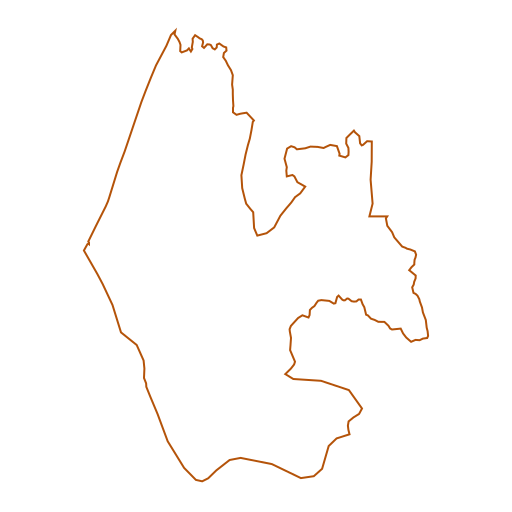 Warri North, Nigeria
{"feature_id": "59680162B93651715341205", "entity_name": "Warri North", "entity_type": "district", "adm_level": 2, "iso_a3": "NGA", "parent_name": "Nigeria", "parent_adm1": "", "projection": "equal_earth", "projection_center": [5.321, 5.881], "detail": "fine", "context": "isolated", "style": "outline", "palette": "amber", "viewbox_px": 512, "rotation_deg": 0, "n_neighbors": 0, "source": "geoboundaries", "source_scale": "gbopen_adm2", "svg_char_len": 3203}
<svg xmlns="http://www.w3.org/2000/svg" viewBox="0 0 512 512"><path d="M83.9,250.5L97.4,274.1L102.7,284.1L112.5,305.0L121.0,332.4L136.7,345.0L143.6,360.5L144.4,368.6L144.0,378.0L146.1,383.3L146.2,384.6L146.3,386.8L150.3,396.7L157.6,414.1L167.7,441.3L184.1,467.9L195.9,479.9L202.2,481.3L208.2,478.3L216.3,470.4L229.6,460.0L240.6,457.9L271.9,464.1L300.9,478.1L313.8,476.2L322.1,468.8L328.7,446.0L336.6,438.4L349.5,434.3L348.4,429.8L347.9,425.7L348.6,421.4L353.5,417.4L359.1,413.9L362.0,408.5L348.9,390.1L321.0,380.8L293.3,379.0L285.3,374.1L290.9,368.6L294.1,364.5L295.0,361.7L290.1,350.1L290.5,345.2L291.0,337.9L289.8,331.3L289.6,329.2L290.9,325.9L298.1,318.0L302.4,315.3L308.5,317.5L309.6,315.0L309.9,310.0L312.0,307.8L314.4,306.1L316.6,302.7L318.2,300.7L321.4,300.1L329.3,300.9L333.8,303.6L335.4,303.2L337.1,297.0L338.6,295.6L342.3,299.7L343.5,300.3L344.9,300.3L347.2,298.5L348.5,298.7L351.6,301.2L354.0,301.6L356.4,301.4L358.6,299.5L360.9,299.5L362.6,304.2L364.3,307.2L366.1,314.7L367.9,315.4L371.0,318.7L374.6,319.9L378.3,321.8L384.4,321.9L388.5,325.8L390.1,328.5L392.0,329.5L400.7,328.6L403.1,333.5L406.2,337.5L411.1,341.8L415.5,339.9L419.6,340.2L422.9,338.6L427.2,338.0L428.1,335.9L427.6,331.2L426.7,327.7L425.8,320.0L422.9,312.4L422.0,307.5L419.8,301.5L419.3,299.2L417.5,295.7L415.6,293.9L413.5,292.9L412.2,287.3L413.7,284.6L414.2,281.8L415.6,278.4L415.7,275.5L409.2,270.2L411.4,267.3L414.3,264.5L414.3,263.1L414.6,259.7L415.5,257.5L416.1,254.7L414.9,251.4L410.3,249.5L407.0,248.7L405.5,247.8L402.2,246.6L394.3,237.4L392.1,232.2L387.3,225.8L385.9,218.4L387.2,216.4L369.4,216.4L372.6,203.6L370.6,179.7L371.7,161.7L371.8,141.5L367.1,141.2L363.0,144.9L361.7,145.4L360.1,143.3L359.9,141.4L359.3,136.1L355.0,132.3L353.9,130.6L351.9,132.6L349.8,134.6L346.4,138.0L346.2,143.6L348.4,147.9L348.6,151.8L348.4,155.1L345.4,157.4L339.3,155.6L339.6,153.8L336.9,146.1L330.2,144.9L325.8,146.9L323.6,148.0L317.6,146.9L310.5,146.6L305.2,148.3L296.9,149.3L294.6,147.3L291.1,146.2L287.1,148.6L284.5,158.7L286.8,167.2L286.3,170.6L286.8,176.4L292.4,175.0L294.4,176.4L297.4,182.2L305.2,186.6L300.2,193.4L295.1,197.1L291.3,202.5L286.3,208.3L280.4,215.7L274.2,227.4L266.6,233.2L257.3,235.6L255.3,230.9L254.1,228.0L253.2,212.2L250.5,209.1L246.2,203.7L244.7,198.3L242.2,188.1L241.4,175.2L243.6,164.7L245.6,154.4L247.9,145.2L249.8,138.7L251.4,130.5L252.8,121.9L253.9,120.5L246.6,112.7L242.2,113.4L240.1,113.8L236.5,114.8L233.0,112.3L233.0,107.8L233.4,106.1L233.0,100.2L232.8,94.0L232.8,89.6L232.1,84.6L232.8,75.2L231.0,70.2L227.9,65.2L225.8,60.8L223.2,57.1L223.9,53.0L226.5,50.6L226.2,47.4L223.5,46.5L219.3,43.5L216.9,44.6L216.7,47.5L214.8,49.4L212.6,48.2L210.9,45.1L209.6,44.5L207.3,44.3L204.0,47.9L202.1,46.3L203.1,42.4L202.8,40.5L201.7,39.2L199.7,38.4L198.0,37.1L195.1,35.2L192.6,38.7L192.8,41.9L191.8,47.4L192.4,49.0L190.9,51.5L188.9,48.4L187.0,50.4L181.7,52.4L180.2,51.1L180.5,44.9L179.5,42.0L177.8,38.8L174.5,34.4L175.3,30.7L171.0,35.0L166.4,45.8L156.0,65.4L150.8,77.9L145.7,90.7L141.4,102.0L133.7,124.7L128.1,141.3L124.6,151.6L120.4,162.7L117.2,171.7L109.1,197.9L107.9,201.5L105.7,206.5L95.8,226.2L88.3,241.5L89.0,242.6L89.0,244.1L88.4,243.6L87.4,244.2L83.9,250.5Z" fill="none" stroke="#b45309" stroke-width="2"/></svg>